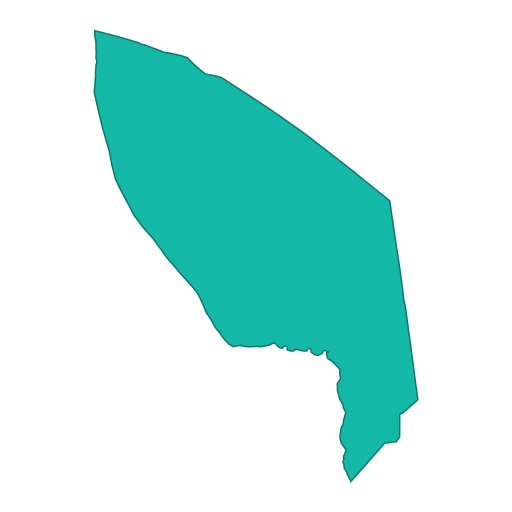 the district of Rombo, Kilimanjaro, United Republic of Tanzania
{"feature_id": "72390352B49231532539034", "entity_name": "Rombo", "entity_type": "district", "adm_level": 2, "iso_a3": "TZA", "parent_name": "United Republic of Tanzania", "parent_adm1": "Kilimanjaro", "projection": "natural_earth1", "projection_center": [37.461, -3.126], "detail": "fine", "context": "isolated", "style": "filled", "palette": "teal", "viewbox_px": 512, "rotation_deg": 0, "n_neighbors": 0, "source": "geoboundaries", "source_scale": "gbopen_adm2", "svg_char_len": 4748}
<svg xmlns="http://www.w3.org/2000/svg" viewBox="0 0 512 512"><path d="M94.7,30.7L94.7,31.4L94.7,32.9L94.7,34.0L94.7,35.1L94.8,36.0L94.9,36.5L95.0,37.1L95.1,37.5L95.2,38.0L95.3,38.8L95.5,39.5L95.6,40.1L95.8,40.9L95.9,41.5L95.9,42.2L96.0,43.1L96.0,43.5L96.0,44.1L96.0,44.9L96.0,45.8L96.0,46.6L96.0,47.5L96.0,48.4L96.0,49.4L96.0,50.4L96.2,51.0L96.3,52.1L96.2,52.9L96.2,54.0L96.1,54.9L96.0,56.1L96.0,57.4L96.0,58.3L96.2,59.3L96.4,60.0L96.6,60.7L96.7,61.3L96.7,62.0L96.7,62.9L96.1,64.6L96.0,64.8L96.0,65.7L96.0,66.6L95.9,67.3L95.9,68.2L95.8,69.1L95.7,69.8L95.6,70.9L95.5,71.7L95.5,72.8L95.5,73.6L95.6,74.4L95.6,75.5L95.6,76.6L95.5,77.2L95.5,77.4L95.5,77.6L95.4,77.8L95.4,78.1L95.3,78.4L95.2,78.7L95.2,79.2L95.2,81.0L94.2,92.0L98.0,109.0L102.5,127.7L103.5,131.0L103.8,132.2L108.5,148.5L109.2,150.8L111.9,165.1L115.4,178.9L119.7,188.0L124.5,197.2L126.7,201.2L131.2,209.8L134.9,216.7L136.4,218.3L138.5,221.2L140.9,224.8L143.3,227.6L145.3,229.8L145.7,230.2L146.4,231.0L147.3,232.1L148.1,233.0L150.0,235.1L150.4,235.5L150.7,235.9L151.8,237.1L152.5,237.9L152.7,238.1L153.9,239.8L155.6,242.1L156.7,243.6L157.5,244.8L159.2,247.0L159.5,247.5L160.6,248.9L162.7,251.9L165.9,256.5L166.0,256.5L169.8,261.3L172.3,263.8L176.6,269.0L176.8,269.1L179.7,272.7L180.9,274.0L181.8,275.0L184.7,278.3L187.2,281.0L187.7,281.5L188.9,282.9L190.2,284.4L191.3,285.6L192.3,286.7L192.7,287.1L194.9,289.9L196.0,291.3L197.0,292.6L197.8,293.7L198.4,294.7L199.5,297.0L201.5,301.4L201.9,302.2L204.2,307.2L204.7,308.7L205.5,310.7L205.5,310.8L206.2,312.2L206.5,312.9L206.8,313.5L207.4,314.3L208.1,315.2L208.3,315.5L208.6,315.9L209.3,317.1L210.0,318.1L210.6,319.0L211.2,319.9L214.0,325.1L215.0,327.0L216.3,328.9L216.6,329.2L216.7,329.3L218.6,331.5L219.0,331.9L220.7,334.1L221.2,335.2L222.8,337.5L223.2,338.0L224.1,339.0L225.9,340.9L227.8,342.9L229.0,344.2L230.5,345.0L231.2,345.4L233.3,346.7L237.6,345.7L240.5,345.5L240.9,345.6L243.5,346.2L244.6,346.5L246.7,346.6L248.8,346.7L249.1,346.7L252.6,346.7L254.0,346.5L255.6,346.4L256.0,346.3L258.8,346.5L261.3,346.7L261.5,346.7L263.2,346.3L264.5,346.1L266.0,345.7L267.7,345.4L269.6,345.0L270.5,344.5L272.9,343.3L273.5,343.0L275.3,343.7L275.8,343.8L278.6,347.1L281.0,348.1L281.3,348.1L282.5,348.1L283.6,346.7L284.7,346.1L285.8,345.5L287.1,346.7L287.3,350.0L289.6,350.8L290.7,350.9L293.0,351.1L294.0,350.4L296.0,349.1L298.1,349.6L298.4,349.7L303.1,350.9L306.2,351.1L306.4,350.9L307.1,350.2L307.9,349.1L308.5,348.4L308.9,348.4L309.2,348.4L309.6,348.4L310.9,349.4L311.3,352.3L313.7,354.0L314.7,354.7L316.5,355.1L317.8,355.4L318.5,355.2L319.5,354.8L319.9,354.6L321.1,354.0L322.2,353.1L322.8,352.3L323.4,351.4L323.8,350.8L324.4,350.6L325.4,350.7L325.6,350.7L326.6,351.2L327.4,351.4L328.1,351.7L328.1,351.9L328.2,352.5L327.7,352.8L327.2,352.8L326.6,353.0L326.4,353.7L326.8,354.8L327.0,355.8L327.1,356.4L327.3,357.1L327.7,358.5L329.4,359.6L330.0,359.9L331.9,361.0L333.7,362.9L335.1,364.3L338.9,368.3L340.1,369.6L339.6,373.1L339.9,374.4L339.9,374.5L340.4,376.6L340.5,377.2L340.6,377.7L340.5,378.1L340.5,378.6L340.2,379.3L339.5,380.2L337.3,383.7L337.3,384.4L337.4,386.0L337.4,386.8L337.4,390.7L338.1,393.3L338.6,394.9L339.2,397.4L339.7,398.6L340.1,399.7L342.3,403.7L343.3,405.6L343.5,408.0L344.3,409.5L345.6,412.0L345.8,412.4L343.5,420.6L343.3,422.9L343.1,424.5L341.3,427.1L340.4,432.5L340.4,432.8L339.9,437.8L341.3,443.2L344.6,447.7L346.4,450.1L344.2,454.9L343.7,455.9L343.6,456.1L343.9,459.1L342.9,462.0L343.8,463.6L344.0,466.0L344.4,468.5L346.7,471.8L347.4,474.8L351.0,481.2L351.0,481.3L362.3,468.6L364.1,466.6L367.7,462.5L370.7,459.1L371.5,458.2L378.4,450.3L382.4,445.8L384.7,443.2L391.8,442.3L396.3,441.7L399.7,436.9L399.7,414.5L401.5,413.5L402.3,413.4L417.8,399.8L414.2,372.6L413.5,367.0L412.1,356.5L411.3,351.0L410.2,342.2L409.2,335.0L408.8,332.4L405.5,307.7L405.3,307.0L403.6,298.7L402.8,291.0L402.8,290.9L401.7,282.8L400.3,272.2L400.1,271.1L399.9,269.4L397.6,254.0L396.5,247.3L394.4,233.0L392.5,219.8L392.3,218.5L389.7,200.8L380.8,193.6L375.9,189.7L366.6,182.2L364.3,180.4L356.6,174.0L356.1,173.5L341.5,162.1L340.8,161.6L340.5,161.4L336.9,158.5L330.6,153.7L330.0,153.2L325.1,149.4L323.4,148.1L320.4,145.8L317.5,143.6L316.4,142.7L312.1,139.4L305.8,134.5L304.1,133.2L303.5,132.8L298.5,129.3L293.8,125.9L287.6,121.5L286.6,120.8L283.2,118.4L274.7,112.5L270.2,109.4L253.7,98.5L252.8,97.9L248.9,95.3L242.9,91.5L235.2,86.5L233.3,85.3L224.4,79.4L222.1,78.0L220.1,77.0L216.7,76.2L209.7,74.8L205.7,74.1L205.4,73.9L203.5,72.5L203.0,72.1L199.7,69.5L196.9,66.9L195.5,65.9L192.0,62.4L189.2,59.7L187.2,57.6L186.8,57.5L184.5,56.8L181.1,55.6L170.3,53.2L168.4,53.0L167.7,52.8L167.0,52.8L164.9,52.4L163.7,52.2L160.0,50.6L150.8,47.3L145.7,45.3L139.2,43.5L138.9,42.8L121.6,37.7L111.8,35.1L95.6,30.9L94.7,30.7Z" fill="#14b8a6" stroke="#0f766e" stroke-width="1.5"/></svg>